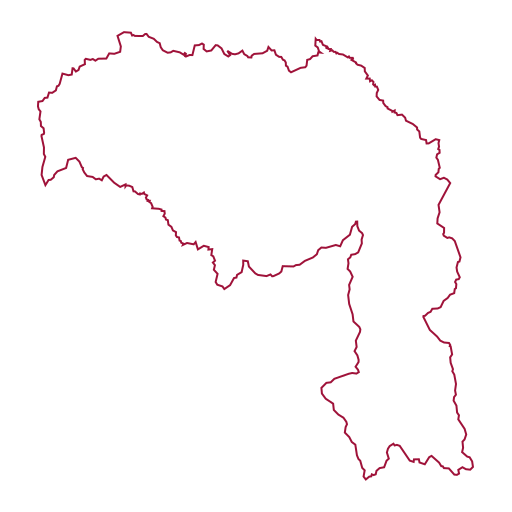 Sam Ngao, Tak, Thailand (Mercator projection), rotated 181°
{"feature_id": "78962969B22995817485860", "entity_name": "Sam Ngao", "entity_type": "district", "adm_level": 2, "iso_a3": "THA", "parent_name": "Thailand", "parent_adm1": "Tak", "projection": "mercator", "projection_center": [98.845, 17.483], "detail": "fine", "context": "isolated", "style": "outline", "palette": "rose", "viewbox_px": 512, "rotation_deg": 181, "n_neighbors": 0, "source": "geoboundaries", "source_scale": "gbopen_adm2", "svg_char_len": 5986}
<svg xmlns="http://www.w3.org/2000/svg" viewBox="0 0 512 512"><g transform="rotate(181 256 256)"><path d="M467.8,323.2L464.7,328.4L462.6,328.6L459.6,331.2L459.2,333.5L456.0,337.2L447.4,340.7L445.5,348.9L438.0,351.0L434.2,347.3L431.7,341.8L430.5,341.0L430.8,339.7L429.2,336.6L426.3,333.0L420.7,332.2L417.5,329.9L414.2,330.6L411.5,329.0L409.7,332.8L406.9,334.4L399.1,326.8L393.0,322.7L387.7,325.3L387.7,323.3L387.0,324.3L384.1,324.1L380.9,322.8L379.6,318.5L378.2,318.5L375.1,315.9L373.2,315.5L373.0,316.5L371.2,316.1L369.2,317.5L368.8,316.1L365.9,314.7L367.1,312.5L366.3,310.6L364.9,310.2L365.2,309.2L363.3,309.3L363.7,308.3L361.8,307.0L360.2,303.4L360.7,301.9L354.0,301.5L351.3,300.8L351.2,299.4L348.3,299.3L348.0,296.7L349.3,294.2L347.2,292.8L346.7,290.9L344.8,290.3L344.1,285.8L341.1,283.7L339.5,280.1L336.4,278.5L336.5,275.2L335.4,273.6L333.3,273.2L332.7,270.1L331.4,269.6L331.0,268.0L328.8,267.1L329.3,265.8L325.2,267.8L318.5,266.6L316.6,268.9L314.2,261.6L308.4,265.3L303.5,264.1L303.7,261.6L299.9,262.1L300.7,256.1L298.7,254.9L296.9,250.6L299.0,248.7L296.9,246.1L297.9,241.5L294.1,237.5L295.9,229.3L294.2,226.6L289.0,225.0L287.1,222.4L281.4,226.4L277.6,233.6L275.2,234.1L274.6,236.8L270.1,239.6L268.6,246.9L268.7,251.2L264.1,250.6L262.9,245.3L256.4,238.6L253.7,237.1L245.1,236.1L241.2,237.8L239.5,236.0L238.2,236.2L232.6,238.9L230.4,240.9L229.1,246.3L218.3,246.2L215.9,247.6L212.2,248.0L207.0,252.0L199.1,255.5L195.2,258.8L193.9,262.9L190.8,265.6L186.2,265.4L176.4,268.4L172.0,267.2L169.4,273.3L162.5,278.9L160.4,286.9L157.4,289.6L156.7,292.1L155.4,292.2L155.2,287.6L153.4,283.2L150.3,280.7L149.4,278.8L150.7,274.3L150.4,270.4L153.9,261.4L156.9,259.6L160.8,258.9L161.7,256.3L164.0,254.3L163.4,250.3L164.2,244.7L161.6,242.2L159.0,236.9L162.4,228.7L161.8,224.3L163.2,218.6L162.0,209.7L158.4,199.4L157.4,192.2L151.5,186.9L150.4,184.5L150.7,181.9L154.7,173.1L153.8,166.8L155.8,162.6L152.9,158.4L151.6,154.0L151.6,151.8L154.5,147.0L152.0,144.0L151.2,141.7L153.5,140.2L157.8,140.7L161.1,139.9L175.5,134.6L179.1,131.0L183.4,130.4L188.3,125.3L187.7,119.6L183.8,114.5L176.3,109.7L175.5,103.4L170.9,98.9L165.7,95.8L162.8,91.8L162.1,89.4L163.4,86.5L164.1,81.0L159.6,76.6L157.0,71.7L153.4,69.1L151.6,58.5L150.0,54.8L148.2,53.1L146.1,46.0L143.6,43.6L144.6,37.4L142.3,34.5L138.9,37.4L136.9,37.7L136.4,39.7L134.6,39.0L132.5,39.8L131.8,43.3L128.7,46.1L124.2,47.0L121.9,53.6L119.7,55.7L121.7,61.8L120.7,65.6L119.0,68.3L115.3,70.7L114.1,69.0L111.8,69.6L109.0,68.7L98.7,54.1L94.8,52.9L94.5,55.4L89.6,55.6L88.9,52.4L83.6,50.7L79.3,57.9L77.0,59.2L69.3,52.6L67.1,49.1L65.6,49.0L64.4,47.2L59.5,47.0L53.9,40.9L51.3,40.7L49.2,42.0L50.0,45.7L45.9,48.4L42.4,46.5L38.1,46.1L35.4,48.9L36.3,54.4L38.9,58.5L41.3,59.1L46.5,63.5L45.6,67.9L46.3,74.0L44.3,76.2L42.7,81.2L44.4,86.8L50.9,96.2L50.3,100.3L52.2,103.0L53.0,109.9L55.9,114.8L55.5,118.4L53.7,120.8L54.6,125.0L53.8,131.5L55.7,140.9L57.7,144.2L57.1,146.3L59.5,152.6L60.1,158.1L58.2,161.0L59.8,169.0L60.7,169.3L60.3,170.5L61.5,172.4L66.5,172.8L70.3,174.6L73.5,178.6L80.9,185.1L87.6,198.0L87.5,198.9L85.9,199.2L83.0,202.1L80.5,203.2L78.8,206.3L73.4,206.7L70.5,208.1L67.6,214.4L63.6,217.4L61.3,220.7L57.2,222.3L56.7,226.4L55.5,227.3L55.2,231.4L56.5,233.5L55.4,235.9L52.9,236.4L51.9,238.3L54.6,243.9L55.3,248.0L54.0,253.5L52.5,254.0L51.5,258.2L57.5,274.4L60.2,277.1L63.2,278.0L65.0,277.4L68.6,279.6L69.2,281.2L68.4,282.5L68.4,287.3L75.3,291.7L75.1,296.8L73.2,302.9L74.4,310.3L63.1,332.3L66.1,335.8L69.5,337.5L73.3,336.0L77.9,338.8L77.8,340.2L75.1,342.9L74.8,346.3L73.8,347.4L75.8,355.3L77.4,357.5L76.7,360.8L74.2,362.4L74.4,365.3L75.7,366.1L74.9,368.5L75.5,372.0L74.8,375.1L78.4,375.9L85.3,371.6L87.4,371.5L88.0,374.9L92.9,375.9L94.0,377.2L94.9,383.4L97.1,385.3L97.2,387.3L101.5,390.7L108.4,393.9L109.3,396.9L112.5,399.9L117.0,399.3L118.1,401.5L119.9,401.9L119.9,403.9L122.2,402.6L122.4,403.5L127.0,405.8L127.1,407.1L129.1,408.2L131.4,411.2L131.6,413.6L135.2,414.2L138.2,417.7L138.1,421.1L136.7,424.2L138.1,427.5L139.8,427.5L140.0,429.3L141.0,428.8L141.9,429.7L141.6,432.1L143.2,433.7L145.0,432.7L145.4,435.4L148.8,435.3L147.3,438.4L150.4,442.5L150.6,445.9L154.2,448.2L157.8,449.0L159.4,450.4L159.3,451.2L163.9,453.7L162.4,454.9L162.7,455.8L165.9,455.8L166.6,457.1L167.7,456.2L172.6,459.0L176.5,459.4L178.3,460.6L179.2,460.0L180.0,461.5L181.9,461.5L183.3,463.0L185.4,462.4L184.9,464.2L187.0,464.2L187.9,465.7L188.2,464.8L189.3,465.2L189.5,467.0L192.8,468.3L194.3,471.9L195.6,471.5L196.3,473.1L199.1,473.0L200.1,474.2L200.4,467.4L197.9,465.6L196.5,461.6L194.9,460.5L197.3,460.7L198.0,457.6L202.9,456.7L205.4,453.8L208.2,453.0L208.8,447.2L210.0,445.6L214.7,444.9L224.2,440.3L226.3,441.9L227.8,445.9L229.4,446.8L229.6,450.0L230.9,452.1L232.5,452.7L234.2,455.5L236.3,455.5L239.6,457.6L241.2,462.0L244.0,461.8L247.2,465.2L248.4,461.4L253.0,458.8L261.4,458.0L263.8,456.2L264.1,454.4L267.3,454.5L268.1,455.8L271.3,457.6L273.2,461.1L277.0,458.3L280.5,457.3L283.5,457.7L288.2,460.6L285.4,456.4L287.2,455.0L291.2,457.4L294.1,463.0L298.0,465.9L300.0,466.1L304.3,460.7L308.9,459.7L312.0,462.1L311.9,466.4L313.7,467.5L316.7,465.9L320.9,465.5L323.1,455.8L325.9,455.8L329.6,454.2L330.4,454.6L329.6,456.9L330.7,457.7L331.9,456.0L335.8,458.3L342.3,459.7L344.9,458.1L347.9,457.7L352.8,460.1L354.9,463.1L356.0,467.1L358.7,468.3L362.0,471.4L367.1,473.3L369.3,476.1L370.7,476.0L373.0,474.0L380.9,473.9L382.4,474.8L383.7,474.3L385.0,477.1L391.9,477.5L398.3,473.7L394.8,463.2L395.4,457.8L401.2,455.7L406.3,456.0L409.1,450.8L417.1,450.5L420.0,448.5L422.6,450.1L425.0,449.2L429.6,450.2L430.7,449.0L430.4,444.8L435.6,442.3L436.7,438.9L439.3,437.3L441.7,440.4L442.7,440.5L443.4,434.2L446.7,433.5L452.7,435.0L455.3,424.7L456.5,422.7L458.0,422.2L459.0,418.1L462.6,415.6L465.8,415.8L467.3,410.7L470.0,410.4L472.2,407.2L476.4,406.4L476.6,401.8L475.8,398.9L474.0,396.8L475.0,388.9L473.5,386.3L473.3,382.2L470.6,380.0L470.0,375.4L470.3,374.3L472.4,373.4L472.6,372.2L469.9,360.8L469.9,354.3L468.4,351.5L471.1,341.3L471.8,333.3L467.8,323.2Z" fill="none" stroke="#9f1239" stroke-width="2"/></g></svg>